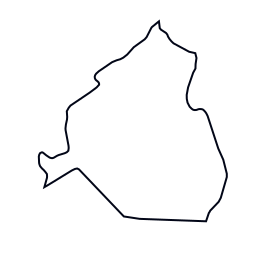 Cordillera, Robinson projection, rotated 83°
{"feature_id": "PRY-604", "entity_name": "Cordillera", "entity_type": "Department", "adm_level": 1, "iso_a3": "PRY", "parent_name": "Paraguay", "parent_adm1": "", "projection": "robinson", "projection_center": [-57.018, -25.289], "detail": "fine", "context": "isolated", "style": "outline", "palette": "ink", "viewbox_px": 256, "rotation_deg": 83, "n_neighbors": 0, "source": "natural_earth", "source_scale": "10m", "svg_char_len": 1445}
<svg xmlns="http://www.w3.org/2000/svg" viewBox="0 0 256 256"><g transform="rotate(83 128 128)"><path d="M230.1,61.9L219.6,127.5L215.3,142.9L163.1,181.7L162.0,183.4L162.2,185.7L163.3,188.9L175.5,215.7L175.7,216.3L176.5,218.2L167.6,214.5L166.0,214.2L163.8,214.1L161.5,215.4L159.4,216.8L157.9,218.1L156.6,219.0L155.1,219.9L153.5,220.3L152.0,220.5L145.5,220.0L143.8,219.4L142.3,218.4L141.7,216.8L141.8,215.8L142.6,214.9L145.2,212.4L147.8,209.4L148.4,208.1L148.7,207.0L148.6,205.9L148.3,204.9L147.0,202.0L146.4,200.1L145.3,193.8L144.6,191.7L143.3,190.0L140.6,189.3L138.4,189.2L122.6,190.2L120.8,190.1L117.0,189.2L112.1,187.5L109.6,187.0L103.9,186.7L100.6,184.3L98.7,182.3L88.2,161.7L83.9,154.2L81.5,151.4L80.2,151.3L79.2,151.6L78.1,152.4L76.7,153.8L75.8,154.4L74.5,154.8L73.1,154.8L71.6,154.2L70.2,153.0L68.1,150.0L60.7,135.7L59.4,131.0L58.8,127.3L57.6,124.1L55.0,119.8L48.5,112.4L42.0,100.6L40.0,98.4L31.4,92.6L30.7,91.9L25.9,84.3L32.8,84.3L34.4,83.3L38.4,78.6L40.1,77.6L42.2,77.1L44.8,75.9L47.3,74.3L49.5,72.5L59.8,58.0L61.9,52.1L66.9,51.5L72.7,53.1L77.2,53.8L81.1,56.6L95.0,63.4L102.3,65.7L106.3,66.1L110.1,65.8L114.4,64.2L116.7,62.4L117.9,61.0L118.3,59.7L118.4,58.7L118.4,57.7L118.0,56.1L117.9,55.2L118.0,53.9L118.3,52.5L118.7,51.6L119.4,50.8L121.3,49.4L123.0,48.5L125.8,47.5L159.4,40.9L171.1,37.3L185.4,35.5L188.7,35.9L208.6,44.4L212.3,47.0L220.1,56.5L221.2,57.2L222.2,58.1L230.1,61.9Z" fill="none" stroke="#020617" stroke-width="2"/></g></svg>